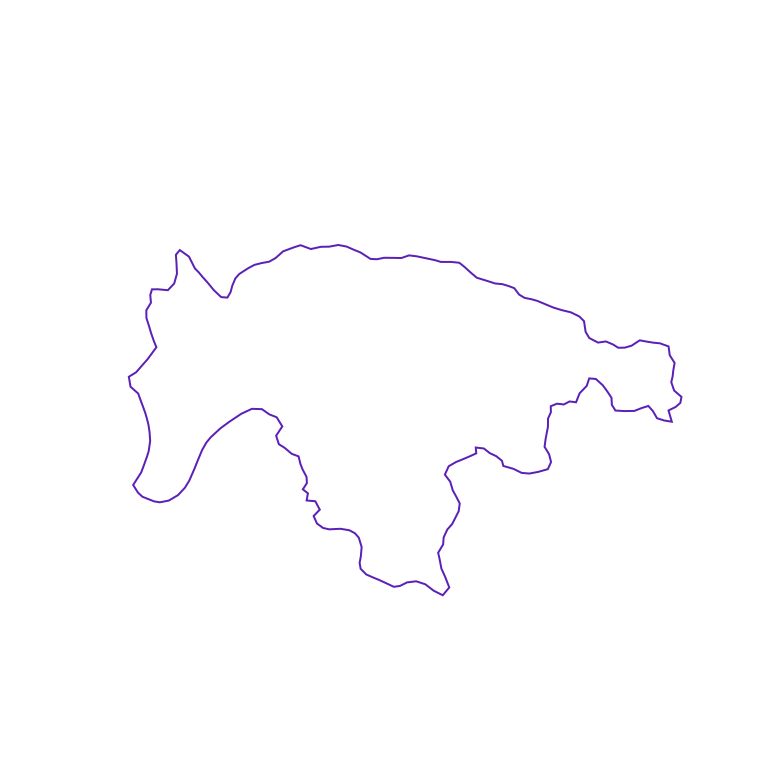 Santos, São Paulo, Brazil, rotated 62°
{"feature_id": "56859067B16208795434371", "entity_name": "Santos", "entity_type": "district", "adm_level": 2, "iso_a3": "BRA", "parent_name": "Brazil", "parent_adm1": "São Paulo", "projection": "albers", "projection_center": [-46.282, -23.865], "detail": "fine", "context": "isolated", "style": "outline", "palette": "violet", "viewbox_px": 768, "rotation_deg": 62, "n_neighbors": 0, "source": "geoboundaries", "source_scale": "gbopen_adm2", "svg_char_len": 2973}
<svg xmlns="http://www.w3.org/2000/svg" viewBox="0 0 768 768"><g transform="rotate(62 384 384)"><path d="M552.4,147.6L540.9,145.2L541.2,137.4L539.8,131.2L535.0,127.4L526.0,130.9L517.3,129.5L512.8,125.6L507.7,122.1L501.8,117.5L492.8,118.2L484.4,115.1L477.5,121.4L474.1,126.6L469.4,132.8L465.5,137.7L466.4,147.5L464.9,154.5L461.9,160.2L456.8,163.1L450.6,168.1L447.9,175.6L439.7,181.2L432.6,181.5L422.4,177.9L416.1,179.8L408.4,185.4L402.1,192.5L396.1,198.5L389.3,204.1L382.6,209.6L378.2,214.2L374.0,219.4L368.5,222.7L360.5,224.0L356.0,228.0L351.5,232.5L347.4,238.7L340.2,245.7L333.7,252.2L326.4,255.1L318.3,258.0L312.3,260.6L307.6,267.6L303.0,276.4L298.8,280.6L293.6,286.8L286.6,295.2L282.2,301.5L280.9,309.6L276.7,317.1L272.6,324.7L270.5,331.7L267.2,337.2L256.8,343.0L251.7,347.3L245.0,352.6L239.8,359.1L237.0,367.9L233.2,375.4L230.5,385.2L222.3,392.5L221.2,398.3L219.5,410.8L221.9,420.6L222.1,428.0L219.7,435.5L218.0,442.5L218.0,449.7L218.9,460.1L221.0,465.7L226.0,471.8L230.9,476.4L234.2,481.7L230.8,487.0L221.2,490.2L211.4,492.2L204.5,493.9L198.7,495.1L193.2,496.7L180.0,496.4L169.9,501.4L172.2,507.1L179.7,510.4L189.4,515.0L196.8,522.1L199.7,530.8L194.2,539.2L191.5,544.4L195.7,548.6L202.8,551.6L207.3,559.2L214.2,562.8L223.2,564.4L229.4,565.7L237.7,567.0L244.7,567.7L251.2,581.3L253.7,588.0L257.3,597.4L257.8,605.9L267.4,609.1L277.0,605.5L283.8,606.5L290.7,607.4L297.6,608.4L303.7,609.7L309.4,611.1L316.7,613.7L324.5,617.2L332.7,623.2L336.7,627.2L343.5,634.7L348.1,639.9L351.3,645.6L355.4,652.9L364.4,652.2L370.2,650.2L379.6,642.2L383.2,637.5L385.9,628.7L385.4,618.0L382.1,608.4L377.9,601.3L369.8,591.1L363.8,584.0L357.0,575.7L352.3,568.3L349.8,562.3L346.4,549.6L344.8,538.9L343.3,524.1L343.9,512.3L348.9,503.6L357.0,499.5L363.0,494.4L373.7,493.7L379.0,503.5L387.8,505.1L393.5,501.8L402.4,498.2L407.8,493.4L415.2,495.3L421.2,496.0L429.6,496.0L435.3,498.6L438.9,505.1L444.8,502.5L450.5,507.0L455.3,499.7L464.8,499.7L467.5,508.1L475.7,508.7L482.5,505.4L486.6,500.6L491.4,490.4L496.9,483.2L502.2,479.7L507.9,478.4L517.5,480.3L525.2,485.3L530.5,489.5L536.2,491.4L543.8,489.1L550.3,484.0L554.7,480.3L567.7,470.5L569.8,464.7L570.0,456.8L573.3,448.2L580.3,441.5L589.8,437.2L598.1,431.3L594.3,421.9L582.6,420.5L574.0,420.0L565.3,417.3L558.4,415.4L553.4,407.1L547.4,403.3L542.2,396.4L539.6,389.5L535.7,383.9L531.3,377.7L525.0,373.2L516.9,373.1L510.1,373.2L501.3,371.4L492.6,372.8L487.0,365.5L486.7,357.0L487.6,348.2L488.2,341.1L488.5,335.1L483.2,332.8L487.8,326.1L494.8,323.0L500.4,318.8L507.1,315.9L512.4,317.1L519.6,309.6L527.1,304.2L531.3,297.7L534.0,289.1L536.1,279.3L531.3,273.1L523.5,271.2L514.8,271.7L508.0,266.8L498.7,259.3L491.5,255.4L487.3,249.9L481.9,247.2L482.6,240.5L486.5,234.8L486.5,228.4L490.3,223.0L484.0,215.6L480.8,205.8L475.4,200.2L479.0,194.6L487.9,191.4L495.7,190.3L502.9,189.6L509.4,192.6L516.1,192.1L520.9,184.2L525.3,175.6L526.2,167.7L527.5,160.9L534.1,159.3L542.4,159.0L547.8,153.7L552.4,147.6Z" fill="none" stroke="#5b21b6" stroke-width="2"/></g></svg>